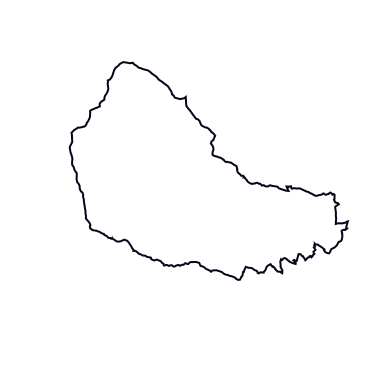 the district of Vaideeni, Vâlcea, Romania, rotated 314°
{"feature_id": "2599482B16463900446430", "entity_name": "Vaideeni", "entity_type": "district", "adm_level": 2, "iso_a3": "ROU", "parent_name": "Romania", "parent_adm1": "Vâlcea", "projection": "natural_earth1", "projection_center": [23.883, 45.229], "detail": "fine", "context": "isolated", "style": "outline", "palette": "ink", "viewbox_px": 384, "rotation_deg": 314, "n_neighbors": 0, "source": "geoboundaries", "source_scale": "gbopen_adm2", "svg_char_len": 6070}
<svg xmlns="http://www.w3.org/2000/svg" viewBox="0 0 384 384"><g transform="rotate(314 192 192)"><path d="M279.1,324.5L278.3,324.0L276.4,323.6L273.6,321.7L271.0,318.8L268.9,317.6L273.4,313.8L274.5,312.3L277.0,310.0L280.6,305.4L281.6,305.3L283.5,305.8L284.2,305.6L285.1,306.1L285.4,304.8L285.0,304.3L285.0,303.8L284.1,302.6L284.2,301.2L284.9,300.4L285.0,299.5L285.8,299.4L286.8,298.6L287.1,298.2L288.9,296.8L289.0,295.5L288.4,295.2L288.4,294.8L287.7,294.8L287.9,292.1L287.0,291.6L285.4,291.6L284.2,290.7L283.3,290.5L282.6,289.6L282.4,287.7L282.2,287.4L280.8,287.3L278.9,286.3L277.8,285.3L276.3,284.7L274.8,283.2L274.8,282.3L274.2,280.7L273.9,279.0L273.3,278.1L273.0,276.0L272.0,274.3L269.5,267.0L267.6,265.3L265.3,262.4L263.8,261.6L263.8,260.6L264.9,259.3L263.5,258.2L262.3,257.9L262.2,257.8L262.5,257.1L261.6,256.2L259.8,260.7L258.1,258.5L255.3,252.6L255.0,251.6L255.2,250.4L254.9,249.3L252.6,246.2L251.0,243.4L248.7,242.7L247.4,241.3L246.9,240.4L246.8,238.9L245.2,237.8L245.3,235.3L244.4,234.4L244.2,233.0L243.2,231.8L241.8,231.4L240.5,230.1L239.6,229.7L238.6,227.7L238.2,225.6L238.2,224.6L238.7,222.5L238.6,221.5L238.7,220.5L239.1,219.8L239.0,219.2L238.4,218.9L239.0,218.5L239.3,217.7L237.9,216.2L238.1,214.6L237.9,211.7L238.0,211.1L239.1,209.2L239.9,208.8L240.2,207.9L241.3,206.7L241.5,205.6L240.8,203.6L240.2,199.4L239.5,198.9L238.2,196.4L237.4,195.8L237.0,195.0L236.9,193.9L237.2,192.5L236.9,192.1L237.1,191.3L236.6,189.6L236.7,189.1L235.7,187.5L234.6,184.9L233.5,183.1L233.5,182.6L233.0,181.9L233.0,181.1L233.6,180.3L235.2,179.0L237.2,178.1L238.2,177.3L238.7,176.1L239.5,174.9L239.9,172.1L240.1,171.8L240.7,171.8L241.2,171.2L242.1,170.9L244.3,171.3L245.2,170.7L248.6,169.6L248.9,167.7L248.9,165.3L248.5,164.1L249.0,163.1L249.1,162.5L248.8,161.7L249.2,160.9L248.7,158.1L247.6,156.4L246.6,153.2L246.7,152.5L246.6,151.9L248.3,148.1L248.4,145.7L247.6,144.4L247.5,143.9L247.9,141.3L248.2,140.6L248.1,139.5L249.0,135.4L249.7,129.3L250.3,127.8L251.3,126.6L256.0,121.5L254.2,121.3L251.2,119.4L250.6,118.9L248.0,114.4L248.0,113.9L248.7,111.4L248.3,110.0L249.0,109.0L250.1,106.9L250.4,104.9L251.0,103.0L251.3,101.2L250.4,93.3L249.8,90.6L249.8,89.0L250.1,87.8L250.2,85.6L249.9,84.9L249.9,83.6L249.4,81.7L249.3,78.5L248.9,76.0L246.2,71.1L245.4,68.9L244.4,67.4L244.3,64.3L243.7,62.4L243.7,60.4L243.9,59.7L242.5,58.8L241.1,57.4L239.9,55.4L237.9,52.6L237.4,52.2L233.8,51.1L231.9,51.3L227.9,50.8L225.7,51.3L220.2,54.0L218.0,54.6L215.8,54.8L213.8,53.9L212.7,55.2L211.3,56.1L208.4,59.8L207.2,60.7L204.9,61.8L200.3,62.8L198.6,63.8L197.6,64.8L194.0,64.0L192.4,64.0L190.8,64.6L189.6,66.3L181.1,62.6L179.6,62.3L178.4,63.6L175.2,66.4L172.7,67.5L170.5,68.1L168.6,68.3L167.0,69.2L164.5,69.3L163.5,68.4L162.3,67.9L160.1,66.3L158.9,65.1L157.0,64.9L154.9,64.2L150.9,64.2L149.6,66.0L144.7,71.2L140.8,72.3L139.0,73.2L136.2,77.0L134.3,80.8L132.8,82.9L129.7,85.4L128.2,87.1L128.0,88.9L126.1,92.6L125.4,96.1L123.8,97.7L121.1,100.0L119.3,102.7L119.2,104.5L118.5,106.6L116.2,109.3L115.6,110.8L115.3,111.8L115.5,113.5L114.8,115.1L114.3,115.8L112.9,116.9L111.5,119.3L109.9,121.1L103.9,129.1L102.3,130.6L101.1,132.4L99.2,134.1L98.7,139.3L97.9,141.3L97.4,142.1L96.2,142.5L95.0,144.2L95.5,145.7L95.3,146.3L95.5,147.0L97.9,150.4L98.2,151.5L99.2,153.2L99.4,155.2L100.6,157.9L100.2,158.7L100.5,159.8L101.1,160.9L101.0,163.8L102.2,165.4L102.3,166.3L102.9,166.4L102.6,166.6L103.1,167.0L103.5,168.5L104.1,171.9L105.0,173.4L106.2,174.4L107.5,175.2L109.5,175.9L110.9,176.7L111.1,177.1L111.1,177.7L111.8,178.8L111.9,180.3L111.7,181.7L110.5,186.9L110.0,188.1L109.8,190.1L108.9,190.8L109.6,191.3L110.4,192.4L110.7,194.4L110.6,196.5L111.8,199.0L111.9,200.4L113.1,201.8L113.9,203.3L114.0,204.6L116.2,207.9L116.2,208.2L115.5,209.0L115.4,209.6L116.1,211.5L116.9,212.7L118.3,213.2L119.2,214.0L119.9,216.2L120.5,217.5L120.2,219.6L120.6,221.4L119.7,222.6L119.7,223.1L121.1,223.8L122.2,224.8L122.8,226.8L124.2,227.3L125.2,228.3L125.4,228.6L125.5,230.3L126.0,231.1L128.2,231.8L129.9,232.7L130.2,233.1L130.4,234.4L130.8,234.8L132.0,235.0L133.1,235.7L133.7,236.5L135.9,236.5L136.4,237.0L136.8,238.4L137.6,239.3L139.7,239.4L140.8,239.8L142.5,241.7L143.3,242.2L144.8,244.0L146.0,246.6L144.9,249.0L144.8,249.6L145.3,250.2L146.1,252.2L146.5,254.1L146.4,255.7L147.1,257.0L147.3,258.1L147.7,258.6L147.8,260.9L148.0,261.2L149.3,261.0L150.0,261.7L151.0,262.2L152.8,264.2L153.2,264.9L155.2,269.2L155.3,271.5L155.8,273.3L157.2,275.4L157.4,276.4L159.3,279.7L160.0,282.0L160.5,282.7L160.1,284.1L160.9,286.4L161.5,286.7L162.2,287.4L165.8,286.3L166.1,286.6L167.3,286.1L170.0,284.3L170.5,284.8L172.1,283.9L175.5,282.7L177.1,285.9L178.1,286.8L178.9,288.1L179.3,291.3L179.9,292.4L180.2,293.6L180.0,294.8L179.4,295.5L179.8,296.5L181.7,297.0L183.7,299.4L184.0,299.0L184.5,299.3L187.3,298.9L189.7,297.8L191.4,297.7L194.5,298.5L194.7,298.8L194.2,300.3L194.7,301.8L194.2,302.1L194.8,303.0L194.9,303.7L194.9,304.1L194.3,305.1L194.5,306.0L194.1,306.7L194.3,308.1L194.2,308.7L194.5,309.3L196.3,311.3L195.9,312.4L196.2,313.3L198.5,311.4L199.1,309.2L199.9,307.4L201.3,306.2L203.2,303.9L205.3,302.9L205.2,303.6L205.5,304.1L207.7,304.0L208.7,304.4L208.9,304.8L209.5,306.2L209.4,307.9L209.7,309.4L209.6,310.9L210.3,312.2L210.7,313.7L212.2,316.5L212.8,316.1L212.1,315.0L213.5,314.5L213.3,312.5L214.2,312.7L214.4,314.5L215.1,315.2L221.3,311.8L221.8,312.3L222.7,313.5L222.4,315.0L222.5,315.8L222.9,316.3L222.5,317.1L222.6,317.7L222.1,319.7L221.6,321.0L221.9,321.1L225.0,320.8L226.2,321.4L227.7,321.4L227.6,321.9L228.1,322.0L228.0,323.3L229.4,323.3L229.6,322.8L232.4,323.0L232.3,322.5L233.3,320.9L236.2,321.0L236.7,318.2L238.0,318.5L238.5,316.9L239.6,316.7L240.1,316.2L240.0,317.5L241.6,318.9L241.6,320.0L242.3,323.2L242.7,327.2L242.6,327.4L241.7,327.5L241.4,329.9L242.3,332.2L243.0,333.2L244.8,333.0L246.0,332.4L247.8,331.9L250.8,333.0L252.5,333.2L254.4,333.2L258.0,332.2L259.8,333.1L260.9,333.2L263.3,331.9L265.5,330.1L265.8,329.7L266.1,328.8L266.9,328.5L267.4,327.4L268.0,326.6L268.7,326.7L270.7,327.7L270.9,328.4L271.3,328.7L273.2,328.9L273.4,328.9L273.2,328.6L272.5,328.4L274.6,326.9L279.1,324.5Z" fill="none" stroke="#020617" stroke-width="2"/></g></svg>